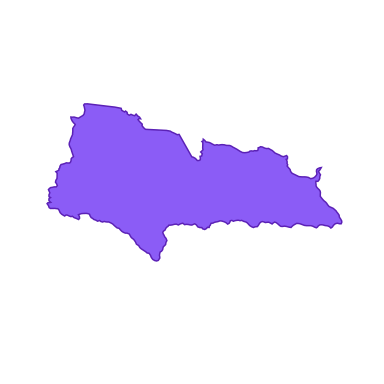 Itaiópolis, Santa Catarina, Brazil (Equal Earth projection), rotated 303°
{"feature_id": "56859067B3149054277416", "entity_name": "Itaiópolis", "entity_type": "district", "adm_level": 2, "iso_a3": "BRA", "parent_name": "Brazil", "parent_adm1": "Santa Catarina", "projection": "equal_earth", "projection_center": [-49.885, -26.509], "detail": "fine", "context": "isolated", "style": "filled", "palette": "violet", "viewbox_px": 384, "rotation_deg": 303, "n_neighbors": 0, "source": "geoboundaries", "source_scale": "gbopen_adm2", "svg_char_len": 5599}
<svg xmlns="http://www.w3.org/2000/svg" viewBox="0 0 384 384"><g transform="rotate(303 192 192)"><path d="M282.9,287.1L281.9,286.0L280.9,285.3L279.8,284.6L278.5,284.4L277.1,285.1L276.0,286.2L275.1,287.0L273.6,287.2L272.4,287.0L271.3,286.8L270.1,286.3L269.0,285.5L267.8,284.2L267.6,281.6L266.7,279.4L265.7,277.7L264.7,276.2L264.0,274.9L263.1,273.2L262.9,271.4L262.6,268.9L262.2,265.8L262.9,263.6L264.3,262.0L265.0,259.5L265.6,257.6L266.9,257.5L267.8,256.0L269.0,255.5L270.0,254.4L270.7,253.2L271.7,254.0L273.5,253.0L274.1,251.5L272.5,250.3L271.4,249.4L270.8,247.5L270.7,245.2L270.4,243.5L270.1,241.8L269.9,240.2L270.2,238.8L270.5,236.7L270.3,234.2L270.2,232.4L269.1,231.0L268.4,229.1L268.1,226.6L267.3,224.8L266.0,224.2L265.1,223.4L263.8,224.2L262.6,224.5L261.5,223.4L260.7,221.8L259.5,221.0L259.0,219.7L258.0,218.4L256.4,217.9L254.8,216.2L253.6,214.7L252.6,212.8L252.3,210.2L252.3,208.5L252.3,206.4L252.1,203.9L251.9,201.8L251.9,200.1L251.6,198.4L250.6,196.7L249.7,195.2L249.3,193.7L248.1,191.4L246.9,189.9L245.9,188.9L245.2,187.1L243.6,185.6L243.3,183.1L243.2,181.4L243.0,179.7L242.2,177.7L241.6,176.5L242.2,174.6L242.4,172.7L240.9,173.5L239.8,172.8L239.3,174.2L237.7,175.2L236.2,176.1L234.7,177.0L233.4,178.2L231.7,177.9L230.3,177.5L229.7,179.8L228.5,180.1L227.4,180.5L226.3,179.3L224.9,180.6L223.5,181.4L222.1,180.6L221.3,179.3L222.0,176.6L221.9,174.3L221.4,172.6L233.3,149.8L232.0,148.4L231.8,146.1L231.5,144.0L231.2,142.4L231.2,140.6L229.7,137.0L219.2,118.8L219.6,116.3L220.4,114.0L221.8,113.3L222.2,111.1L222.7,109.0L223.3,107.3L224.6,107.6L225.4,109.0L226.2,107.2L226.2,105.2L226.9,102.7L224.8,102.4L224.2,100.6L223.9,98.5L222.2,97.6L222.2,95.2L223.5,94.2L223.7,92.2L222.4,91.8L222.2,88.6L223.6,87.0L221.2,81.1L217.4,73.4L209.0,56.3L207.3,53.9L205.9,53.8L205.0,55.0L203.7,56.3L202.3,57.7L201.1,58.1L200.0,58.5L198.9,59.0L196.9,58.9L192.0,56.5L191.3,54.4L190.6,52.2L189.7,51.1L188.9,49.6L187.8,50.5L186.8,52.0L186.1,53.3L185.5,55.2L185.1,57.2L183.9,57.4L182.0,57.3L180.4,57.4L179.0,58.3L177.6,59.2L176.3,59.8L175.3,60.5L170.3,61.3L169.0,61.8L167.5,62.1L166.2,62.4L164.7,63.3L163.4,65.0L162.6,66.5L161.8,67.7L160.9,68.6L157.1,73.4L155.4,72.7L153.9,72.6L152.7,73.4L151.1,73.8L149.7,73.6L148.7,72.1L148.0,70.7L146.6,69.8L145.1,68.5L143.7,67.2L141.8,67.2L140.2,67.9L139.0,67.8L137.8,68.4L136.4,67.7L134.9,66.7L134.3,68.7L133.0,69.5L131.4,70.5L129.6,71.5L128.4,71.4L127.0,71.7L125.8,72.2L125.2,73.9L124.1,75.5L122.4,75.4L121.2,73.6L119.8,72.3L118.8,71.1L117.4,70.5L115.8,70.3L114.9,71.7L113.9,73.2L111.7,73.6L110.4,74.5L110.2,76.4L108.9,75.6L107.7,76.1L106.8,76.8L106.4,79.2L105.5,78.3L104.5,77.0L103.3,76.8L102.4,79.0L101.1,80.7L101.1,82.3L101.9,83.4L102.8,84.8L103.6,86.0L104.2,87.4L104.9,88.5L104.5,90.2L102.9,92.6L102.4,94.8L102.4,96.5L102.5,98.3L104.1,98.9L104.7,100.1L105.0,102.2L105.4,103.9L106.5,104.9L106.3,107.1L106.8,109.2L107.2,111.9L108.8,112.0L110.2,110.8L111.1,109.1L112.5,110.1L113.7,111.1L114.9,112.7L116.5,115.0L117.3,116.8L117.5,118.2L116.5,119.5L115.6,121.4L115.7,123.0L115.5,124.7L116.0,126.5L116.1,128.7L117.8,130.1L117.6,131.6L118.1,133.3L119.5,134.4L120.0,135.9L120.7,137.3L121.5,138.4L121.8,140.4L122.0,142.8L121.6,144.8L121.3,146.7L121.1,148.7L121.8,150.7L121.2,152.7L120.8,154.6L120.8,156.3L121.2,158.5L122.1,159.9L122.6,162.3L121.6,164.1L120.9,165.5L120.6,166.9L120.5,168.9L119.4,171.7L118.0,173.8L118.0,176.5L117.0,178.5L116.7,180.2L116.7,181.7L116.7,183.6L116.7,185.6L116.4,187.5L117.2,189.4L116.4,191.5L114.9,193.6L114.1,195.8L114.2,198.1L114.9,199.9L116.3,201.0L117.6,201.0L119.0,201.0L120.0,200.3L121.3,199.1L123.2,198.3L124.4,198.0L125.7,198.7L127.6,198.8L129.3,198.1L130.4,197.8L131.7,198.1L133.5,198.5L135.5,197.6L137.6,197.4L139.0,195.4L139.6,193.4L140.5,192.1L141.2,190.7L142.2,189.5L143.7,189.4L145.3,190.1L147.4,189.8L149.1,190.1L150.1,190.6L151.5,190.6L152.5,192.0L153.6,193.3L155.3,194.8L156.5,196.3L156.9,198.5L159.1,199.7L160.8,201.3L160.6,203.6L161.7,204.7L162.7,206.5L163.4,208.4L164.2,209.9L165.3,210.6L166.8,211.6L166.8,213.6L165.9,215.8L166.4,217.9L167.5,219.6L166.9,221.0L167.5,223.1L169.2,224.0L170.8,224.2L171.6,225.7L173.0,225.2L174.2,225.4L176.1,225.0L177.4,226.6L178.7,227.3L179.8,228.3L180.8,229.4L181.9,230.4L183.0,231.1L183.9,232.9L184.6,235.4L184.8,237.5L184.5,239.4L186.0,240.2L187.7,240.1L188.8,239.8L189.9,240.9L190.0,242.6L191.4,243.7L192.8,245.2L193.7,246.5L194.1,247.9L195.3,249.2L195.5,251.3L196.2,253.5L196.2,255.3L195.7,257.1L195.3,258.7L195.3,260.9L195.7,262.9L197.0,263.7L198.6,265.7L200.5,265.8L202.6,265.7L204.2,266.1L205.4,266.9L206.0,268.4L206.3,270.1L207.5,271.5L208.5,272.9L208.7,275.1L208.8,276.6L210.4,277.0L211.8,277.7L212.2,279.4L211.9,282.0L211.6,283.7L211.6,285.3L212.4,286.7L213.7,288.1L214.6,290.1L215.4,292.6L216.2,294.4L217.5,294.6L219.3,295.1L220.9,295.9L222.6,296.8L223.5,298.3L224.2,299.9L224.7,302.1L225.2,304.4L226.1,306.3L226.8,307.4L227.5,308.5L228.5,310.0L229.1,311.9L229.3,314.0L229.7,315.8L230.8,316.3L232.3,316.4L233.9,317.0L234.9,318.2L235.7,319.7L236.3,321.8L237.4,324.0L237.8,326.1L237.4,328.1L239.1,328.8L241.2,328.8L243.5,329.5L245.0,330.9L245.7,333.0L246.6,334.4L248.0,334.2L249.2,333.4L250.3,331.4L251.2,329.3L252.7,328.0L253.5,326.1L254.0,324.5L254.6,323.2L254.9,321.5L255.2,319.4L254.9,317.3L254.5,314.9L255.2,312.6L255.9,311.1L256.3,309.6L256.5,307.5L257.0,305.5L257.6,303.7L258.2,302.0L259.7,301.0L261.5,300.0L262.6,298.9L263.2,297.4L263.5,295.7L263.9,294.1L264.7,292.7L265.8,292.0L267.0,290.9L268.5,290.1L269.5,291.8L271.2,292.0L272.8,291.8L274.7,290.7L276.4,290.4L277.4,288.2L278.3,286.8L279.6,287.2L281.1,287.2L282.9,287.1Z" fill="#8b5cf6" stroke="#5b21b6" stroke-width="1.5"/></g></svg>